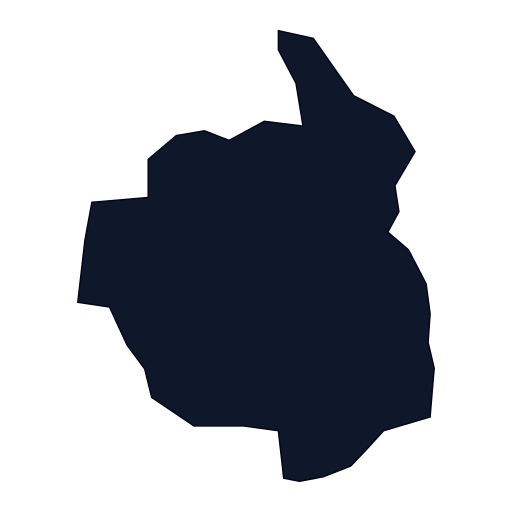 SVG path tracing the border of Suva Reka
{"feature_id": "KOS-5910", "entity_name": "Suva Reka", "entity_type": "District", "adm_level": 1, "iso_a3": "XKX", "parent_name": "Kosovo", "parent_adm1": "", "projection": "mercator", "projection_center": [20.856, 42.352], "detail": "fine", "context": "isolated", "style": "filled", "palette": "ink", "viewbox_px": 512, "rotation_deg": 0, "n_neighbors": 0, "source": "natural_earth", "source_scale": "10m", "svg_char_len": 626}
<svg xmlns="http://www.w3.org/2000/svg" viewBox="0 0 512 512"><path d="M77.8,302.3L84.9,240.4L91.9,202.3L148.2,197.5L148.2,159.4L176.3,135.6L204.5,130.8L229.1,140.4L264.3,121.3L303.0,126.1L296.0,83.2L278.4,49.8L278.4,30.7L313.3,38.4L334.7,68.9L353.6,95.7L393.9,116.2L415.0,151.6L394.9,185.7L398.9,211.6L387.8,232.1L408.5,249.9L426.1,283.8L430.1,313.8L428.1,342.4L434.2,368.3L432.2,391.4L430.1,416.9L383.6,430.7L365.4,450.6L350.7,466.0L323.4,476.7L299.6,481.3L283.7,478.2L278.4,430.7L243.2,425.9L193.9,425.9L151.7,397.4L144.7,368.9L127.1,345.1L109.5,307.0L77.8,302.3Z" fill="#0f172a" stroke="#020617" stroke-width="1.5"/></svg>